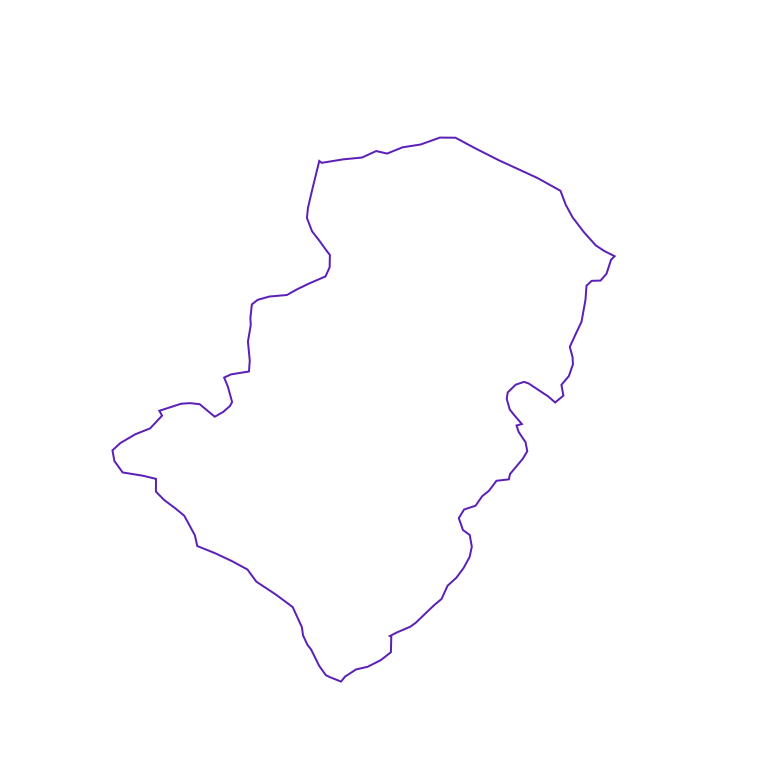 the district of Anglisides, Larnaca, Cyprus, rotated 52°
{"feature_id": "46923920B38878659010420", "entity_name": "Anglisides", "entity_type": "district", "adm_level": 2, "iso_a3": "CYP", "parent_name": "Cyprus", "parent_adm1": "Larnaca", "projection": "natural_earth1", "projection_center": [33.461, 34.857], "detail": "fine", "context": "isolated", "style": "outline", "palette": "violet", "viewbox_px": 768, "rotation_deg": 52, "n_neighbors": 0, "source": "geoboundaries", "source_scale": "gbopen_adm2", "svg_char_len": 1869}
<svg xmlns="http://www.w3.org/2000/svg" viewBox="0 0 768 768"><g transform="rotate(52 384 384)"><path d="M168.4,297.7L178.8,310.9L186.1,320.2L198.4,335.5L205.7,342.5L219.4,346.7L230.8,346.7L244.5,347.2L249.0,347.2L258.6,355.0L263.2,363.9L258.6,381.5L255.9,394.0L254.1,405.7L244.5,420.5L239.9,431.7L239.9,439.1L249.9,448.8L255.4,452.6L266.8,465.1L282.8,475.3L291.0,482.7L282.8,497.6L282.3,498.5L280.5,506.0L290.1,508.7L304.7,514.8L306.5,519.0L307.0,527.8L305.6,537.5L286.4,541.7L279.6,548.7L274.6,556.1L266.8,577.5L272.3,578.4L275.0,595.6L270.5,610.9L268.2,628.1L269.1,638.8L278.7,643.9L279.4,643.9L292.8,644.4L307.9,630.4L318.4,622.1L328.4,630.0L340.3,628.6L353.9,624.9L364.9,622.5L386.8,626.2L396.8,630.9L413.7,621.1L430.1,612.8L435.0,610.7L446.1,605.8L461.2,606.3L483.5,598.8L503.6,593.3L525.0,598.4L532.3,602.6L542.4,604.9L548.3,604.9L566.1,608.6L577.5,609.1L581.6,607.2L592.0,601.1L590.6,594.8L591.7,581.8L596.7,571.1L599.6,556.5L599.6,543.7L587.7,533.9L586.2,534.5L587.7,526.8L591.4,512.8L591.7,506.0L590.0,489.6L589.1,480.1L588.8,470.9L582.1,458.1L581.2,446.2L578.0,434.6L573.0,423.0L566.3,415.0L555.8,409.4L547.7,411.7L535.7,407.6L532.2,398.1L536.3,386.8L532.8,375.5L532.8,367.2L529.5,355.0L536.0,344.3L532.5,340.1L528.4,320.8L525.2,312.5L517.0,308.3L504.7,307.4L498.3,305.1L500.4,300.0L487.8,300.6L481.4,300.6L471.2,296.4L466.8,291.7L465.6,280.7L468.5,272.4L472.6,269.7L494.8,262.3L503.9,260.5L503.6,249.8L493.9,244.7L491.6,233.5L484.9,223.1L479.0,218.9L469.1,214.7L462.1,201.1L456.6,190.1L441.7,173.4L431.2,163.9L430.6,156.8L435.8,149.7L434.1,140.8L425.9,128.6L425.3,123.6L414.7,128.6L405.1,131.8L387.2,133.0L368.8,132.8L354.9,130.5L340.4,126.0L316.1,136.3L278.9,155.5L255.1,166.7L233.9,176.1L224.2,188.3L217.8,207.7L208.9,223.7L204.3,239.7L195.6,246.8L192.0,261.9L181.7,278.1L171.4,296.9L168.4,297.7Z" fill="none" stroke="#5b21b6" stroke-width="2"/></g></svg>